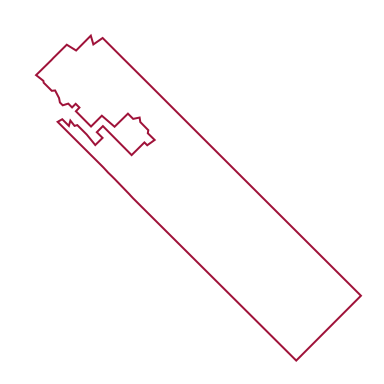 Adams, Colorado, United States of America (Robinson projection), rotated 45°
{"feature_id": "52423323B9551062095549", "entity_name": "Adams", "entity_type": "district", "adm_level": 2, "iso_a3": "USA", "parent_name": "United States of America", "parent_adm1": "Colorado", "projection": "robinson", "projection_center": [-104.653, 39.87], "detail": "fine", "context": "isolated", "style": "outline", "palette": "rose", "viewbox_px": 384, "rotation_deg": 45, "n_neighbors": 0, "source": "geoboundaries", "source_scale": "gbopen_adm2", "svg_char_len": 1031}
<svg xmlns="http://www.w3.org/2000/svg" viewBox="0 0 384 384"><g transform="rotate(45 192 192)"><path d="M384.8,145.9L257.6,146.1L160.5,146.2L84.9,146.2L47.1,146.3L36.8,146.3L25.5,146.3L19.9,146.3L17.9,157.4L9.9,153.0L10.0,173.9L-0.7,176.4L-0.8,195.4L-0.7,197.8L-0.8,209.4L-0.9,219.6L8.3,218.5L9.9,219.6L21.3,219.6L23.4,217.0L31.6,219.6L35.3,222.1L39.3,222.1L42.0,217.0L47.4,217.0L47.4,211.9L52.7,211.9L52.8,217.0L74.3,217.1L74.3,201.8L91.1,200.6L91.3,181.9L93.4,181.9L98.7,181.9L102.3,176.4L106.0,179.1L117.4,179.2L119.2,181.7L128.8,181.6L127.3,190.6L123.3,190.6L123.2,208.6L82.4,208.4L82.4,217.0L90.5,217.0L90.4,227.2L76.9,225.8L63.6,225.8L62.2,228.3L55.5,227.5L58.2,232.3L48.8,232.3L47.4,237.4L68.8,237.4L112.0,237.3L119.1,237.6L124.2,237.5L125.0,237.5L128.3,237.5L149.9,237.9L151.0,238.0L151.8,238.0L154.6,238.1L155.4,238.1L155.5,238.1L156.0,238.1L157.5,238.1L160.6,238.1L161.9,238.1L162.9,238.1L163.0,238.1L163.3,238.1L165.5,238.1L165.9,238.1L384.9,237.5L384.8,145.9Z" fill="none" stroke="#9f1239" stroke-width="2"/></g></svg>